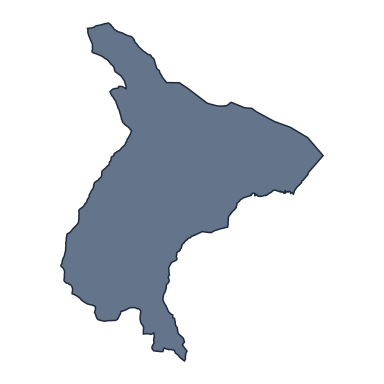 Ceahlau, Neamt, Romania (Mercator projection)
{"feature_id": "2599482B21330814812999", "entity_name": "Ceahlau", "entity_type": "district", "adm_level": 2, "iso_a3": "ROU", "parent_name": "Romania", "parent_adm1": "Neamt", "projection": "mercator", "projection_center": [25.941, 47.008], "detail": "fine", "context": "isolated", "style": "filled", "palette": "slate", "viewbox_px": 384, "rotation_deg": 0, "n_neighbors": 0, "source": "geoboundaries", "source_scale": "gbopen_adm2", "svg_char_len": 5927}
<svg xmlns="http://www.w3.org/2000/svg" viewBox="0 0 384 384"><path d="M184.3,361.0L185.1,359.8L185.5,358.9L185.4,356.5L185.8,354.0L186.1,352.7L187.0,351.1L183.3,346.3L182.4,344.6L183.1,343.9L183.2,343.4L183.4,343.0L184.3,342.5L184.4,342.0L183.6,338.8L182.8,337.7L178.4,333.7L178.1,333.1L178.0,332.0L177.7,331.5L177.3,327.8L176.0,326.1L175.4,324.4L175.2,322.0L174.6,319.5L174.7,319.0L174.4,318.4L172.9,317.8L172.7,317.3L172.8,315.1L172.6,314.8L170.6,314.0L170.2,313.3L168.6,311.8L165.9,305.6L164.3,303.3L162.9,300.0L163.1,297.5L163.5,295.1L164.1,293.7L165.0,292.1L166.2,288.4L166.3,285.2L166.7,284.4L167.9,283.4L169.1,281.4L169.1,280.2L168.8,278.6L168.1,277.4L168.5,276.5L169.3,275.3L169.5,274.3L169.0,273.1L168.9,269.8L168.6,268.1L169.5,265.8L170.4,264.7L171.3,262.8L172.1,262.2L176.0,260.3L176.8,259.6L176.9,258.4L176.3,256.9L176.4,256.1L176.8,254.8L176.6,253.9L176.8,252.5L178.3,251.5L178.9,251.5L179.1,250.6L180.1,250.2L180.1,249.6L181.4,247.8L181.4,247.5L181.8,246.1L182.0,245.0L182.6,244.1L184.4,242.4L185.4,241.0L185.6,240.4L186.7,240.2L187.8,238.9L188.8,238.1L190.5,237.7L191.0,236.8L191.8,236.2L192.9,236.0L194.0,235.2L194.8,235.2L197.1,234.0L200.3,232.6L202.1,231.6L208.9,232.5L211.5,232.6L212.5,231.7L214.6,230.7L220.1,228.9L227.6,227.1L228.1,224.4L228.1,222.6L228.5,217.0L229.2,215.7L232.8,211.1L234.6,209.7L235.6,208.1L236.3,207.6L236.5,205.9L236.8,205.0L236.7,204.5L237.2,203.1L239.5,201.1L240.4,199.9L243.0,198.0L251.1,195.4L250.9,194.5L251.6,194.4L252.0,193.9L253.1,193.2L253.8,193.1L255.2,193.8L254.8,194.8L254.7,195.5L255.7,195.5L256.1,194.9L256.7,194.6L257.6,195.2L257.5,195.8L257.7,196.0L258.9,196.4L261.2,196.4L264.2,195.5L265.0,195.4L265.0,195.5L265.4,195.6L267.7,194.6L268.7,193.5L270.6,192.7L273.1,190.6L274.4,190.2L276.0,190.3L276.9,190.8L279.8,191.7L280.3,191.3L281.1,192.2L281.8,191.8L282.1,191.8L284.0,193.2L285.2,193.2L285.7,192.7L285.8,192.5L285.4,191.9L284.8,192.1L284.5,191.8L284.6,191.4L285.0,191.3L285.4,190.8L286.2,191.9L286.6,192.1L288.1,191.5L288.3,192.0L288.5,192.0L288.8,191.5L289.7,191.5L290.0,191.6L290.5,192.5L290.7,193.5L290.8,193.5L291.3,193.1L291.2,193.0L291.7,192.7L293.0,193.4L293.2,194.1L293.4,194.2L294.2,191.7L294.8,190.2L296.9,187.2L300.5,183.8L301.5,182.5L301.9,181.1L303.3,180.1L304.1,178.9L305.0,178.0L305.5,177.3L307.6,175.0L308.0,174.1L308.4,172.8L308.7,172.2L323.1,155.6L307.7,137.7L290.4,127.3L274.2,121.4L256.3,111.7L252.0,108.4L244.7,107.8L231.4,102.4L230.7,102.5L227.5,105.2L226.8,105.6L222.5,106.1L219.0,106.1L216.8,105.8L208.7,103.7L206.8,102.9L187.9,88.5L179.2,82.7L166.6,82.6L162.1,76.9L161.6,75.5L160.3,73.6L159.6,72.1L159.5,71.2L159.1,70.5L158.6,69.9L157.6,69.5L157.2,69.1L156.7,68.1L155.0,62.9L154.3,59.9L154.0,59.2L152.7,57.8L151.5,56.9L151.2,55.9L150.8,55.4L149.9,54.7L147.9,54.4L147.5,54.1L145.4,52.4L143.3,51.1L142.4,50.1L141.4,49.4L140.6,48.4L139.3,47.5L136.9,44.2L134.9,42.2L134.5,40.6L133.9,40.0L134.1,39.5L134.0,39.3L131.6,36.8L129.9,36.2L127.5,35.6L121.9,32.8L117.9,31.7L114.1,29.2L113.2,27.7L112.1,26.6L110.9,24.9L108.5,23.0L106.8,23.5L105.5,23.5L100.0,25.1L96.5,25.7L95.5,26.0L94.5,27.0L91.5,28.0L87.5,28.4L87.8,29.1L87.9,32.5L88.4,34.5L89.0,36.2L91.7,42.7L92.5,44.2L92.4,47.1L92.6,48.9L92.0,50.8L92.2,52.0L93.2,52.8L97.3,54.2L101.9,56.2L105.4,58.7L107.1,59.5L109.5,62.2L110.6,63.8L112.4,65.3L113.5,66.6L114.2,68.0L114.7,70.7L115.4,71.8L119.7,74.9L121.3,76.2L124.6,81.2L125.2,84.0L125.9,85.4L126.1,86.5L126.0,88.6L122.2,86.5L119.8,86.3L118.5,86.7L118.6,87.7L117.9,88.1L114.5,88.6L112.7,89.2L111.9,89.8L110.4,91.3L110.0,91.9L111.7,95.5L113.1,97.1L114.0,98.8L115.9,101.4L116.5,103.7L117.2,105.1L117.9,107.9L119.1,109.7L119.9,112.8L120.9,116.1L121.5,119.2L123.1,122.7L125.3,125.0L128.1,126.9L128.6,127.5L129.6,128.3L129.8,128.9L130.3,129.6L131.6,130.5L130.2,134.4L128.1,138.1L127.2,139.3L126.7,141.0L125.8,142.5L125.2,144.5L122.8,146.8L121.8,147.6L120.7,149.2L119.2,150.6L116.5,152.0L116.0,152.5L114.7,153.3L114.2,153.8L113.7,155.7L111.5,156.9L111.3,157.2L110.9,160.4L110.3,161.3L109.7,161.7L109.4,162.3L109.2,164.4L109.0,164.7L106.6,166.8L105.3,168.3L102.3,170.8L101.8,172.1L101.7,172.9L101.8,175.0L101.1,177.2L99.4,178.5L98.6,179.8L95.5,181.8L94.5,182.7L93.9,184.3L93.7,185.9L93.2,188.0L92.9,188.7L91.6,190.4L90.2,193.3L89.3,194.9L89.1,195.5L89.2,196.2L89.1,197.1L87.4,199.4L87.0,200.7L86.8,201.7L86.1,202.7L84.6,204.2L83.8,206.1L82.3,207.4L79.6,209.3L78.8,210.7L79.1,213.8L78.9,214.8L78.9,218.1L78.7,220.7L78.2,223.1L76.3,225.4L73.0,228.7L70.2,232.2L67.1,234.0L66.9,235.5L66.3,237.8L66.2,241.1L65.9,242.1L65.7,243.2L66.0,245.4L65.6,247.9L65.7,249.8L65.5,251.1L65.0,252.7L65.0,253.1L64.6,254.5L64.3,256.0L62.9,258.9L62.8,259.4L62.3,260.7L62.0,263.4L61.2,264.6L60.9,266.1L63.0,268.0L64.0,269.6L64.4,270.7L64.6,272.5L64.3,275.5L64.4,277.6L64.0,279.5L64.0,280.4L64.4,281.2L66.1,282.9L67.0,283.3L68.2,283.4L69.3,284.5L70.6,284.8L71.3,285.4L72.2,287.4L72.6,289.1L72.5,290.6L72.2,292.1L72.2,292.9L72.1,293.9L73.8,294.3L78.0,296.6L80.3,298.6L81.2,299.8L83.8,301.8L87.2,303.9L90.7,304.8L91.8,304.9L93.9,305.7L95.2,306.5L95.5,306.8L95.4,309.5L94.9,311.5L94.5,312.6L95.1,313.4L95.8,314.8L95.9,315.8L96.3,316.9L97.3,318.9L97.9,319.4L99.9,320.3L100.8,320.3L101.7,320.7L105.2,321.3L106.7,320.8L115.5,320.4L117.4,319.4L117.8,318.9L120.4,313.7L120.9,311.5L121.3,311.3L123.0,311.0L125.9,309.9L129.1,308.1L131.6,307.5L132.6,307.7L135.1,307.6L137.3,308.8L138.7,308.7L139.3,309.0L140.0,309.8L140.8,311.1L140.0,317.8L140.1,319.3L140.4,320.9L140.6,321.2L140.9,322.8L141.8,324.3L142.8,325.4L143.5,326.9L143.6,329.0L143.3,330.6L143.4,334.1L144.7,333.8L148.1,333.8L150.8,334.3L152.6,333.7L153.7,333.0L154.3,335.9L154.1,337.1L153.7,338.8L153.7,341.5L154.2,342.8L152.3,345.9L151.9,347.7L152.1,348.6L153.6,350.8L160.4,351.6L162.8,351.6L163.3,350.6L163.4,349.6L163.6,348.7L164.1,348.2L164.5,348.0L165.7,348.8L167.4,349.1L168.3,349.6L171.2,349.5L174.2,350.3L175.5,353.1L178.5,355.4L179.1,356.5L179.9,357.4L184.3,361.0Z" fill="#64748b" stroke="#1e293b" stroke-width="1.5"/></svg>